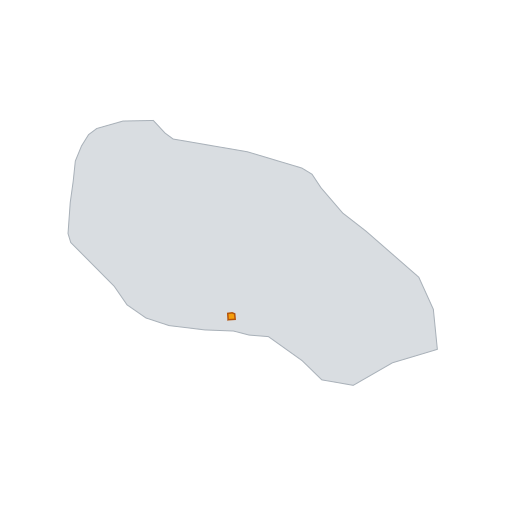 30, Ad Dawhah, Qatar (highlighted), rotated 112°
{"feature_id": "91078587B91130659475882", "entity_name": "30", "entity_type": "district", "adm_level": 2, "iso_a3": "QAT", "parent_name": "Qatar", "parent_adm1": "Ad Dawhah", "projection": "mercator", "projection_center": [51.461, 25.361], "detail": "fine", "context": "in_parent", "style": "filled", "palette": "amber", "viewbox_px": 512, "rotation_deg": 112, "n_neighbors": 0, "source": "geoboundaries", "source_scale": "gbopen_adm2", "svg_char_len": 757}
<svg xmlns="http://www.w3.org/2000/svg" viewBox="0 0 512 512"><g transform="rotate(112 256 256)"><path d="M275.9,448.3L255.1,453.5L235.6,459.1L219.3,459.0L206.2,456.7L197.4,451.4L180.7,429.9L168.8,402.0L176.1,386.4L178.6,376.7L162.6,303.0L157.3,246.4L159.2,234.7L168.4,221.3L183.7,191.7L191.8,163.2L214.7,97.1L239.0,71.6L274.6,52.9L303.9,89.5L339.5,117.4L346.2,148.6L335.8,173.9L326.1,214.3L331.9,232.8L334.0,248.8L343.7,275.7L353.1,310.6L354.7,334.8L349.6,357.3L337.2,376.1L312.9,432.8L305.6,438.7L275.9,448.3Z" fill="#d9dde1" stroke="#a8b0b8" stroke-width="1"/><path d="M317.7,256.9L317.7,257.0L319.8,260.7L324.2,258.6L325.6,258.0L325.5,257.9L322.5,251.6L317.6,254.1L317.6,256.8L317.7,256.9Z" fill="#f59e0b" stroke="#b45309" stroke-width="1.5"/></g></svg>